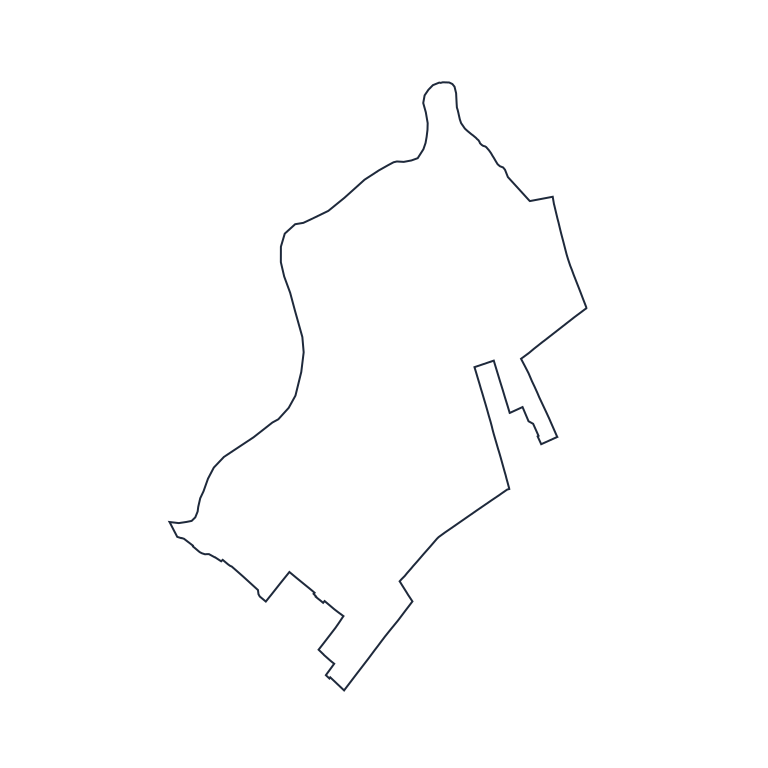 the district of Cornetu, Giurgiu, Romania, rotated 101°
{"feature_id": "2599482B43761386306926", "entity_name": "Cornetu", "entity_type": "district", "adm_level": 2, "iso_a3": "ROU", "parent_name": "Romania", "parent_adm1": "Giurgiu", "projection": "natural_earth1", "projection_center": [25.931, 44.345], "detail": "fine", "context": "isolated", "style": "outline", "palette": "slate", "viewbox_px": 768, "rotation_deg": 101, "n_neighbors": 0, "source": "geoboundaries", "source_scale": "gbopen_adm2", "svg_char_len": 3862}
<svg xmlns="http://www.w3.org/2000/svg" viewBox="0 0 768 768"><g transform="rotate(101 384 384)"><path d="M560.4,568.2L561.6,567.2L568.6,561.7L570.2,560.4L573.5,557.8L574.0,553.6L573.8,553.3L574.1,550.8L574.4,550.2L576.2,546.6L579.2,540.6L579.9,540.6L581.2,538.2L582.5,535.9L583.4,534.3L584.2,532.8L584.9,530.5L585.3,527.2L584.8,525.4L584.4,523.4L586.4,517.1L586.3,516.9L589.1,510.0L587.4,508.8L590.8,502.7L591.9,500.3L592.2,498.7L595.8,492.5L599.2,486.7L599.9,485.5L610.3,468.4L614.3,467.1L616.3,465.4L620.1,458.5L618.2,457.5L615.1,455.9L612.7,454.6L599.7,447.9L589.1,442.3L586.6,441.0L591.2,432.6L595.6,424.4L598.1,419.7L598.3,419.3L600.2,415.8L602.0,412.6L602.2,412.3L603.0,412.9L603.4,413.1L605.5,410.2L605.9,410.4L607.9,406.7L608.0,406.4L610.0,402.7L610.4,402.0L608.4,400.9L614.6,389.8L616.6,385.8L619.6,379.5L620.9,380.1L625.0,381.8L627.6,382.9L632.8,385.2L637.4,387.5L649.2,393.4L657.3,397.5L661.2,391.5L661.5,391.2L665.6,384.2L666.5,382.6L668.1,379.5L680.9,385.5L681.5,384.6L682.5,383.0L683.5,381.4L682.2,380.8L692.4,364.7L689.5,363.3L673.5,355.4L656.7,347.0L646.9,342.3L646.3,342.0L643.1,340.4L636.9,337.4L631.8,334.9L625.7,331.7L622.5,330.0L613.8,325.3L609.1,323.0L601.7,319.4L597.7,317.4L592.0,314.6L588.1,318.4L586.4,320.1L584.3,322.0L577.7,328.2L575.4,330.3L574.7,331.0L572.2,329.5L568.5,327.0L565.3,325.3L559.1,321.7L557.4,320.8L552.0,317.6L543.4,312.7L534.9,307.7L525.8,302.5L523.9,301.2L518.3,296.0L508.6,286.5L490.3,268.7L477.6,256.2L470.7,249.3L469.5,248.2L464.1,242.9L463.2,241.0L461.9,241.5L461.2,241.9L460.6,242.2L457.1,243.9L455.9,244.5L455.3,244.8L454.7,245.1L453.3,245.8L450.3,247.2L447.6,248.6L444.6,250.1L441.8,251.5L437.2,253.8L434.0,255.4L430.1,257.4L428.0,258.5L426.0,259.6L425.4,259.9L421.3,262.0L412.2,266.7L408.1,268.7L405.0,270.1L400.7,272.2L395.3,275.0L390.1,277.6L385.0,280.2L380.6,282.5L374.4,285.7L370.1,288.0L365.6,290.3L360.1,293.2L354.9,295.9L350.2,298.4L340.1,280.7L342.6,279.4L359.6,270.4L367.2,266.3L373.9,262.8L382.1,258.4L388.4,255.1L388.2,254.7L387.1,253.2L384.3,249.3L380.2,243.6L393.0,235.0L394.6,230.0L405.0,222.7L405.4,222.4L406.1,223.2L413.1,218.2L410.7,214.8L403.1,204.1L402.9,203.8L402.7,204.0L389.4,213.2L386.9,214.9L381.2,219.0L367.4,229.1L363.4,231.8L357.9,235.7L352.9,239.4L350.8,240.8L345.8,244.2L339.7,249.0L333.1,254.3L325.6,247.4L321.0,243.7L312.5,236.4L311.1,235.1L281.9,209.7L271.0,199.8L269.9,200.2L262.1,205.1L257.1,208.2L252.5,211.1L249.2,213.2L245.1,215.8L240.7,218.6L236.2,221.3L232.3,223.8L226.1,227.3L222.1,229.4L215.2,232.7L209.7,235.3L202.9,238.6L198.6,240.6L192.2,243.5L188.7,245.2L183.2,247.7L175.7,251.1L175.2,251.4L172.8,252.3L170.7,253.1L168.0,254.1L170.8,261.1L176.6,275.7L176.4,276.1L157.2,301.9L150.6,306.1L148.7,308.4L148.1,311.8L146.6,314.4L144.2,316.6L141.1,319.3L139.1,321.2L137.1,322.9L134.6,325.5L132.8,327.8L132.0,328.8L131.5,330.0L131.3,332.1L130.7,333.6L129.9,334.9L129.2,335.8L127.9,336.6L126.6,337.9L125.8,339.4L125.1,340.3L124.6,341.1L123.9,342.4L122.9,344.2L122.4,345.3L121.9,346.3L120.8,348.3L120.0,349.8L119.0,351.5L117.8,353.4L113.2,358.1L109.7,360.1L108.1,360.8L105.6,361.9L103.5,362.8L102.2,363.4L101.3,363.8L100.9,364.0L98.7,365.2L94.5,366.3L84.8,368.7L78.7,371.5L76.5,374.1L75.6,377.5L76.6,383.8L77.6,385.9L77.6,387.3L81.3,393.0L86.6,396.5L92.9,399.2L100.7,399.1L109.3,394.8L119.6,390.9L126.3,389.8L133.4,389.3L139.5,389.2L146.0,390.1L155.9,394.0L159.3,399.7L162.2,407.0L163.1,413.8L164.5,416.9L168.4,421.7L175.3,429.8L187.2,442.1L208.8,458.4L224.7,471.7L235.8,486.5L241.2,493.9L244.1,501.7L255.3,510.1L268.9,511.4L284.1,508.5L297.5,502.5L312.4,493.5L328.8,485.5L353.5,473.1L368.2,468.9L388.0,467.5L412.3,468.7L425.6,473.0L438.8,481.0L443.1,486.2L461.1,501.8L486.1,527.2L498.5,535.1L510.5,538.7L523.8,540.7L531.2,542.6L540.1,542.9L544.7,542.6L550.9,543.8L555.1,546.7L557.1,551.6L559.7,558.9L560.4,568.2Z" fill="none" stroke="#1e293b" stroke-width="2"/></g></svg>